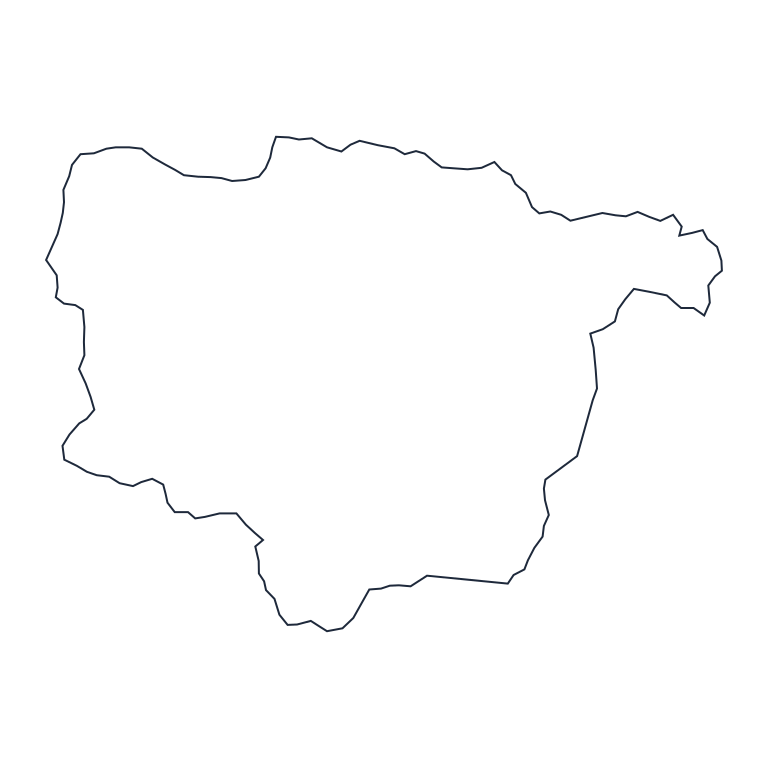 Santo Antônio de Jesus, Bahia, Brazil (Mercator projection)
{"feature_id": "56859067B58021421413718", "entity_name": "Santo Antônio de Jesus", "entity_type": "district", "adm_level": 2, "iso_a3": "BRA", "parent_name": "Brazil", "parent_adm1": "Bahia", "projection": "mercator", "projection_center": [-39.224, -13.018], "detail": "fine", "context": "isolated", "style": "outline", "palette": "slate", "viewbox_px": 768, "rotation_deg": 0, "n_neighbors": 0, "source": "geoboundaries", "source_scale": "gbopen_adm2", "svg_char_len": 2028}
<svg xmlns="http://www.w3.org/2000/svg" viewBox="0 0 768 768"><path d="M577.1,456.1L592.7,400.3L597.0,388.5L595.7,369.9L593.6,347.7L590.3,333.6L602.8,329.2L614.9,321.4L618.2,309.2L625.3,299.2L633.9,288.9L649.3,291.8L666.8,295.4L674.4,302.3L681.1,308.0L693.6,308.0L704.2,315.5L709.8,302.7L708.3,285.5L715.0,276.3L721.9,270.7L721.4,260.6L717.1,246.9L707.4,239.0L702.7,230.1L692.1,232.9L679.3,235.6L681.7,226.6L673.1,214.8L660.3,220.9L649.3,216.9L637.6,211.9L625.9,216.3L615.6,215.3L602.4,213.0L570.4,220.7L561.2,214.8L550.3,211.5L539.3,213.4L532.0,207.1L525.9,192.8L515.3,184.0L511.0,175.2L502.0,170.3L494.4,162.0L481.6,167.8L467.6,169.3L453.8,168.3L441.7,167.4L433.7,161.5L424.6,153.6L416.0,151.1L404.7,154.2L394.4,148.3L377.9,145.2L359.6,140.8L350.5,144.7L341.4,151.5L327.0,147.3L311.8,138.3L298.9,139.5L288.9,137.4L276.0,136.8L272.3,147.3L270.2,157.6L265.6,168.3L258.9,176.7L245.5,180.0L232.1,181.0L221.5,178.1L210.7,177.1L198.0,176.7L183.9,175.2L175.1,169.9L165.1,164.5L152.8,157.5L141.8,148.7L128.9,147.3L115.9,147.3L106.4,148.7L93.9,153.3L80.5,154.2L72.0,164.9L69.2,176.2L63.4,189.9L64.0,202.2L62.8,212.9L60.6,222.8L57.6,234.1L46.1,260.0L56.7,275.3L57.6,287.6L55.8,297.3L64.0,303.6L75.3,305.1L82.9,309.9L84.4,327.1L83.9,342.0L84.4,355.2L79.0,369.0L85.7,383.5L90.6,396.9L94.3,409.7L86.7,418.8L79.2,423.4L69.5,434.5L62.5,445.8L64.3,459.7L76.8,465.8L86.9,471.8L96.7,475.2L109.2,476.7L119.6,483.2L133.0,486.1L141.2,482.1L152.2,478.8L163.2,484.6L165.6,493.9L167.5,502.7L174.7,512.1L188.0,512.1L195.2,518.4L204.9,516.9L219.6,513.4L236.4,513.4L245.9,524.7L255.0,533.1L263.0,540.0L255.3,546.5L258.7,561.0L258.9,573.5L264.1,581.3L266.0,590.1L274.5,598.9L279.4,614.7L287.6,624.9L297.1,624.5L310.8,620.9L319.4,626.4L327.0,631.2L342.5,628.3L353.3,618.0L362.6,601.4L369.3,589.5L381.0,588.6L389.8,585.7L398.9,585.3L410.6,586.3L427.0,575.7L507.8,583.6L513.6,575.0L524.4,569.4L527.9,560.3L534.4,547.8L542.6,536.6L543.9,525.9L548.8,515.0L545.0,500.2L543.9,488.6L545.4,479.6L577.1,456.1Z" fill="none" stroke="#1e293b" stroke-width="2"/></svg>